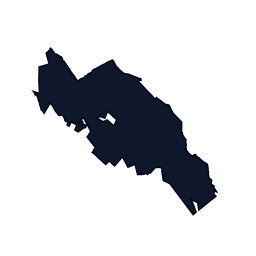 the district of Bindura, Mashonaland Central, Zimbabwe, rotated 132°
{"feature_id": "62879985B50430993830170", "entity_name": "Bindura", "entity_type": "district", "adm_level": 2, "iso_a3": "ZWE", "parent_name": "Zimbabwe", "parent_adm1": "Mashonaland Central", "projection": "natural_earth1", "projection_center": [31.316, -17.234], "detail": "fine", "context": "isolated", "style": "filled", "palette": "ink", "viewbox_px": 256, "rotation_deg": 132, "n_neighbors": 0, "source": "geoboundaries", "source_scale": "gbopen_adm2", "svg_char_len": 5735}
<svg xmlns="http://www.w3.org/2000/svg" viewBox="0 0 256 256"><g transform="rotate(132 128 128)"><path d="M148.8,21.6L144.9,21.1L138.8,33.1L136.9,26.2L141.6,20.5L124.3,17.8L124.3,17.7L119.9,17.0L119.8,17.5L120.0,17.9L120.1,19.1L119.9,19.1L119.7,19.2L119.7,19.9L118.9,20.7L117.6,21.1L117.2,21.3L116.5,20.8L116.5,20.4L116.1,19.4L115.7,20.4L115.7,20.9L115.5,22.0L115.5,22.4L115.3,22.4L115.3,23.3L115.2,24.0L114.0,24.7L113.5,25.6L113.5,26.0L113.8,26.7L114.1,26.5L114.2,26.8L114.4,26.8L114.4,28.1L114.2,28.1L113.5,29.1L113.4,29.5L113.0,29.6L111.7,30.5L111.1,30.6L110.7,31.5L110.7,31.8L111.1,33.3L111.1,33.6L110.7,34.1L110.5,35.2L110.0,35.7L109.2,36.3L109.0,37.0L108.7,37.5L108.2,37.7L107.1,38.5L106.1,40.0L104.7,41.2L104.4,41.8L102.8,43.4L102.2,44.2L101.9,44.9L101.9,45.3L102.0,45.4L101.9,45.8L102.4,46.2L102.6,46.6L102.2,47.2L102.5,47.8L102.5,49.1L102.7,49.7L102.7,50.1L102.9,50.5L102.7,51.1L102.7,52.9L102.8,53.0L102.8,54.3L102.7,55.4L102.9,55.6L103.1,56.1L103.1,56.6L103.0,57.6L103.1,57.8L103.1,58.6L103.0,59.2L102.6,59.7L102.6,60.2L103.1,60.5L103.7,61.1L105.1,60.5L105.2,60.9L105.5,61.1L105.7,62.0L106.1,62.4L106.0,63.3L106.1,64.3L106.3,64.9L106.7,65.6L106.3,65.7L106.1,65.8L106.1,66.7L105.7,67.6L105.8,68.0L106.0,68.6L106.0,68.8L105.4,69.3L105.4,69.9L105.2,70.4L104.7,70.6L104.2,71.1L103.8,71.7L103.7,72.4L103.5,72.6L103.1,72.8L102.0,72.8L99.7,75.9L99.1,76.4L98.1,76.8L98.0,77.2L98.0,77.7L97.6,78.0L97.6,79.2L97.4,79.8L97.4,80.5L96.9,81.0L96.8,81.3L96.9,82.9L96.2,83.1L96.1,83.7L95.3,84.2L95.1,84.6L95.3,85.4L87.7,92.0L86.8,105.0L83.9,111.7L83.9,112.4L83.7,113.3L84.0,113.7L84.5,113.8L84.5,114.4L84.8,114.6L84.7,115.0L85.4,115.3L86.3,127.3L88.5,126.5L88.1,131.3L87.9,131.9L87.7,137.2L86.5,151.3L86.4,151.4L86.2,151.5L85.7,151.3L85.1,151.3L84.6,151.1L84.1,150.9L83.9,150.2L83.6,150.2L83.4,150.5L83.4,150.8L82.9,151.3L83.1,151.9L83.6,152.8L84.7,155.4L87.6,163.4L90.2,167.4L90.4,173.1L90.5,174.2L90.1,174.8L90.1,175.6L90.0,176.5L90.0,176.8L90.3,177.4L90.1,178.4L89.5,179.3L89.6,180.4L89.4,180.8L88.9,181.0L88.9,181.4L88.6,181.9L88.4,182.8L88.0,183.3L87.9,183.8L87.9,185.1L91.2,186.4L91.9,187.0L96.2,188.2L96.9,188.6L99.5,189.6L101.8,190.5L103.2,190.8L108.6,193.0L111.0,192.1L111.2,192.4L112.1,192.8L112.6,192.5L113.0,193.1L113.5,193.4L114.4,193.7L115.0,193.8L116.4,193.6L117.8,194.5L118.1,194.7L118.7,194.4L119.0,194.2L119.5,194.2L121.8,195.3L123.4,196.2L124.2,196.2L124.7,196.3L125.9,196.4L126.2,196.6L126.6,196.4L126.8,196.6L126.6,197.9L126.4,198.3L126.2,200.9L125.9,201.3L125.6,201.5L125.4,202.1L125.4,202.4L125.6,202.6L125.7,202.8L125.2,203.4L125.2,204.2L125.0,204.7L125.2,205.6L124.9,205.8L124.7,206.2L124.7,206.6L124.6,207.0L124.6,207.9L124.1,208.6L124.0,209.0L124.0,209.7L123.3,210.6L123.4,211.3L123.3,211.7L123.3,212.0L122.9,213.0L122.9,213.5L122.7,213.9L122.5,214.7L122.3,214.9L122.4,215.5L122.1,216.6L122.1,217.0L121.9,217.4L122.0,218.0L121.8,218.1L121.6,218.9L121.9,219.7L121.3,219.9L121.2,220.4L121.5,220.7L121.5,221.0L121.2,221.7L121.2,222.1L120.9,222.5L120.3,223.7L120.0,224.0L119.8,224.5L119.8,225.1L120.5,227.3L120.7,228.6L120.7,229.7L121.0,230.6L121.7,231.9L121.7,233.0L121.5,233.7L121.4,233.8L121.0,234.4L121.2,234.7L121.4,234.8L121.5,235.2L120.6,236.7L120.5,239.0L120.8,239.0L122.9,238.4L127.1,238.9L133.2,229.4L142.2,234.9L142.3,234.7L152.7,225.7L161.6,217.0L164.1,222.5L164.2,221.4L164.3,221.1L165.0,220.4L165.3,219.7L165.5,219.5L165.5,219.1L165.2,218.9L165.0,218.6L165.0,218.1L164.8,217.9L165.2,216.7L165.1,216.0L165.5,215.7L166.3,214.7L166.7,213.9L167.1,213.6L167.4,213.2L167.3,212.6L167.8,212.2L168.0,211.6L168.3,211.3L168.3,211.0L168.8,210.2L169.5,209.5L169.5,209.1L170.1,208.6L170.3,208.0L170.7,207.6L171.3,206.2L172.1,205.4L172.5,204.7L172.7,204.0L172.7,203.7L172.4,203.4L172.3,202.5L172.9,201.5L173.1,200.6L173.1,200.1L171.2,200.7L166.6,201.5L161.5,202.5L162.1,198.6L163.9,193.5L164.9,187.6L162.2,185.5L163.3,181.8L164.8,179.6L163.9,176.6L166.6,175.1L166.1,173.0L161.5,174.3L160.0,167.9L165.0,166.3L164.2,161.8L164.1,162.3L162.6,162.2L161.7,161.7L160.2,161.6L158.8,161.1L158.1,161.1L157.8,161.3L157.5,161.0L157.1,160.9L156.8,160.6L156.9,160.3L156.4,159.9L155.3,160.1L155.3,160.7L155.0,160.8L154.4,160.8L154.4,161.0L153.9,161.1L153.9,161.5L154.5,161.9L154.6,161.5L154.9,161.8L154.9,162.3L154.7,162.8L154.7,163.4L155.1,163.8L155.2,164.2L155.0,164.6L153.7,165.8L153.6,167.5L153.8,168.1L153.8,168.5L153.7,168.6L153.5,168.4L153.2,168.4L153.3,169.0L153.2,169.0L152.4,168.3L151.8,168.2L151.5,168.5L151.5,168.9L151.0,168.9L151.0,168.1L150.1,167.9L155.5,153.3L162.0,152.4L164.0,141.4L164.3,138.5L165.3,139.0L167.3,139.0L167.6,138.8L168.1,138.5L168.9,137.5L169.7,137.1L169.6,138.2L170.0,138.3L169.8,134.4L169.8,133.3L170.0,131.6L170.0,120.2L165.0,119.9L165.2,112.6L153.1,112.8L157.2,101.8L150.3,98.4L156.0,90.0L155.9,90.0L155.5,89.3L155.4,88.8L155.0,88.5L154.7,88.6L154.6,88.8L154.4,88.8L154.3,87.9L153.8,87.9L153.6,86.7L153.4,86.6L152.9,86.7L152.7,86.4L152.6,86.1L152.5,85.9L152.0,86.0L151.5,85.2L150.5,84.7L150.3,84.9L150.1,84.9L149.9,84.4L149.6,84.3L149.9,83.9L149.8,83.7L149.5,83.6L149.5,82.6L149.4,82.4L149.0,82.2L148.7,82.4L148.4,82.8L147.9,82.8L147.7,82.6L147.3,82.6L147.0,82.3L146.8,82.0L146.7,81.4L146.6,81.2L146.2,81.3L145.9,81.9L145.7,81.8L145.4,81.3L144.8,81.0L144.5,81.1L144.3,81.3L144.1,81.7L144.1,82.2L143.9,82.3L143.5,81.8L142.9,81.8L142.5,82.1L142.3,81.8L142.3,81.4L142.0,81.6L141.9,82.0L141.6,81.8L141.2,81.3L140.9,81.2L140.7,81.5L140.3,81.7L140.1,81.7L139.7,81.3L139.1,81.3L138.7,80.7L138.3,80.2L137.6,80.0L137.3,79.4L136.8,79.1L136.1,77.9L135.6,77.4L135.6,76.9L135.3,76.5L135.7,74.6L137.0,74.5L143.4,66.6L141.3,59.7L148.8,21.6ZM129.4,154.3L129.4,142.0L135.7,139.8L136.0,149.0L139.9,150.5L141.1,156.3L138.5,157.2L136.2,151.8L129.4,154.3Z" fill="#0f172a" stroke="#020617" stroke-width="1.5"/></g></svg>